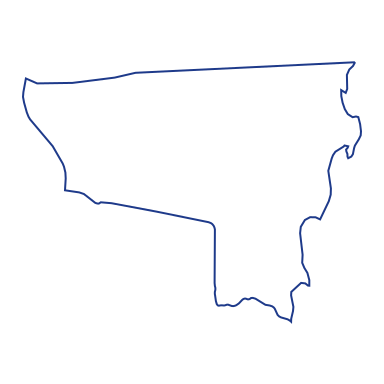 map outline of River Gee (Natural Earth projection)
{"feature_id": "LBR-1458", "entity_name": "River Gee", "entity_type": "County", "adm_level": 1, "iso_a3": "LBR", "parent_name": "Liberia", "parent_adm1": "", "projection": "natural_earth1", "projection_center": [-7.733, 5.165], "detail": "fine", "context": "isolated", "style": "outline", "palette": "blue", "viewbox_px": 384, "rotation_deg": 0, "n_neighbors": 0, "source": "natural_earth", "source_scale": "10m", "svg_char_len": 1745}
<svg xmlns="http://www.w3.org/2000/svg" viewBox="0 0 384 384"><path d="M354.2,62.3L354.7,62.9L353.0,66.0L349.3,69.5L346.9,74.9L347.2,88.9L345.7,92.9L341.2,90.1L341.3,96.1L342.6,102.7L344.8,109.1L347.8,114.1L352.6,117.2L356.0,116.5L358.3,117.1L360.1,124.1L361.0,131.3L360.7,135.4L358.8,139.3L354.9,145.6L354.1,148.1L352.9,154.2L351.3,156.6L348.2,158.2L347.5,156.7L347.4,153.9L346.4,151.5L346.1,149.6L347.7,147.7L348.2,146.3L344.5,145.5L343.7,146.5L335.4,151.7L333.0,155.2L331.7,158.5L328.3,170.8L330.9,188.4L330.7,194.7L328.8,201.2L320.1,219.4L315.6,217.3L310.1,217.2L304.9,220.0L300.8,226.8L300.1,233.2L302.6,254.8L302.2,262.8L304.4,268.0L307.4,272.9L309.3,280.1L309.3,285.7L308.0,285.6L305.3,283.4L301.1,282.9L291.3,291.9L291.1,295.4L293.4,306.9L293.0,311.1L291.2,318.8L291.1,321.7L290.0,320.7L287.6,319.3L281.0,317.4L279.1,316.4L277.6,314.9L274.8,308.8L273.9,307.6L272.3,306.4L269.7,305.5L265.4,304.8L255.5,298.7L252.8,297.9L251.1,298.0L250.2,298.7L249.2,299.2L248.0,299.4L247.0,299.1L245.7,298.6L244.6,298.6L243.4,299.0L242.3,299.8L238.9,303.4L236.3,305.2L235.1,305.7L233.5,306.1L231.8,306.0L228.2,304.7L226.9,304.7L224.8,305.4L223.9,305.5L221.7,305.3L220.3,305.4L218.9,305.7L217.8,305.4L216.8,304.2L215.9,301.1L215.1,295.5L214.9,294.4L214.8,293.0L214.9,291.6L215.3,290.1L215.4,288.9L215.3,287.5L214.9,286.0L214.6,283.0L214.9,229.4L214.4,227.4L213.6,225.7L212.2,224.0L210.9,223.1L208.6,222.2L156.4,211.6L111.5,203.2L100.8,202.3L98.8,203.6L97.3,203.5L95.3,202.9L83.9,194.0L79.2,192.4L65.0,190.3L65.7,178.5L65.4,172.6L64.0,166.7L62.7,163.5L52.7,146.2L30.1,119.4L28.5,116.7L26.8,112.4L24.1,102.7L23.0,96.9L23.4,92.1L25.9,78.5L37.1,83.4L72.5,82.9L114.7,77.6L135.5,72.8L354.1,62.3L354.2,62.3Z" fill="none" stroke="#1e3a8a" stroke-width="2"/></svg>